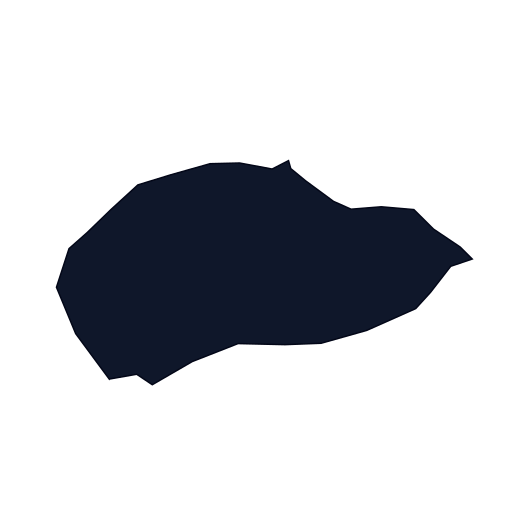 Kungsör, Västmanland, Sweden (orthographic projection), rotated 156°
{"feature_id": "70781695B35489604221157", "entity_name": "Kungsör", "entity_type": "district", "adm_level": 2, "iso_a3": "SWE", "parent_name": "Sweden", "parent_adm1": "Västmanland", "projection": "orthographic", "projection_center": [16.093, 59.436], "detail": "fine", "context": "isolated", "style": "filled", "palette": "ink", "viewbox_px": 512, "rotation_deg": 156, "n_neighbors": 0, "source": "geoboundaries", "source_scale": "gbopen_adm2", "svg_char_len": 562}
<svg xmlns="http://www.w3.org/2000/svg" viewBox="0 0 512 512"><g transform="rotate(156 256 256)"><path d="M440.1,203.1L439.9,203.2L413.1,196.5L403.1,180.6L357.2,185.5L308.0,183.3L265.5,163.2L232.0,149.8L185.1,143.0L131.5,143.0L111.4,151.8L82.3,167.4L59.7,165.3L65.8,181.1L82.9,208.4L92.9,234.2L121.5,250.0L150.1,260.1L163.0,274.4L180.1,304.5L188.7,321.7L187.5,329.9L205.9,328.9L233.1,347.6L260.4,359.0L300.5,364.8L335.0,369.0L369.4,357.5L400.9,346.0L423.8,338.8L451.0,308.6L452.3,258.4L440.1,203.1Z" fill="#0f172a" stroke="#020617" stroke-width="1.5"/></g></svg>